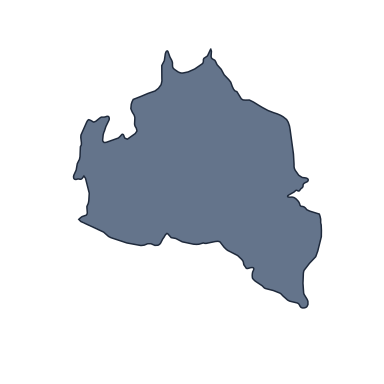 outline of Portuguesa, rotated 344°
{"feature_id": "VEN-35", "entity_name": "Portuguesa", "entity_type": "State", "adm_level": 1, "iso_a3": "VEN", "parent_name": "Venezuela", "parent_adm1": "", "projection": "robinson", "projection_center": [-69.276, 8.978], "detail": "fine", "context": "isolated", "style": "filled", "palette": "slate", "viewbox_px": 384, "rotation_deg": 344, "n_neighbors": 0, "source": "natural_earth", "source_scale": "10m", "svg_char_len": 4094}
<svg xmlns="http://www.w3.org/2000/svg" viewBox="0 0 384 384"><g transform="rotate(344 192 192)"><path d="M249.4,59.8L249.5,62.0L247.7,67.0L247.7,68.7L248.3,69.7L250.2,71.6L250.6,72.9L251.2,76.6L253.9,82.1L255.2,88.2L258.4,94.3L259.5,97.1L259.8,101.8L260.3,104.7L261.2,106.7L262.8,107.9L265.1,116.1L266.5,117.6L269.0,118.5L272.5,119.4L275.8,122.4L278.0,124.8L279.7,126.7L282.7,129.9L287.5,134.6L292.4,138.3L295.5,140.4L298.4,142.8L300.4,144.9L302.9,148.4L303.7,151.4L303.9,155.4L303.5,159.1L300.0,183.4L297.8,193.2L297.1,195.7L296.9,197.4L297.2,199.6L299.2,205.3L301.8,208.3L302.8,208.8L304.3,209.4L305.7,210.1L306.3,210.6L306.8,211.1L307.1,211.8L307.0,212.6L306.5,213.3L305.9,213.8L303.0,214.3L301.8,214.7L301.3,215.1L300.8,215.7L300.2,217.3L299.7,217.9L299.1,218.3L297.6,218.9L297.0,219.3L295.9,220.2L295.3,220.5L294.6,220.4L294.0,220.0L293.5,219.5L292.9,219.1L292.2,219.1L291.6,219.4L290.2,220.1L284.5,221.5L283.0,222.0L282.7,222.6L282.9,223.2L284.4,223.9L286.6,224.4L287.3,224.7L288.6,225.5L289.4,226.4L290.3,227.6L291.7,230.4L292.1,232.0L292.2,233.4L292.2,234.5L292.5,235.3L293.1,235.9L294.4,236.4L295.5,237.1L296.6,238.6L297.5,240.7L299.9,242.8L308.3,248.3L308.4,250.6L308.2,253.6L307.4,256.4L307.2,257.2L307.1,259.3L305.8,264.7L304.0,270.6L296.7,283.3L293.1,288.3L285.3,292.9L278.0,298.3L277.4,299.3L276.7,300.7L273.5,310.4L271.5,319.8L271.5,321.2L273.1,327.0L273.3,329.0L272.5,332.0L271.5,333.2L271.1,333.6L270.4,334.1L269.6,334.3L268.7,334.4L267.8,334.3L266.2,333.9L265.5,333.4L264.9,332.8L264.4,331.6L264.0,329.6L263.5,328.6L262.6,327.7L255.9,323.9L255.1,323.2L254.1,322.2L250.9,317.2L249.4,314.3L248.6,313.4L243.0,309.1L236.3,305.2L235.6,304.7L234.9,303.9L233.7,301.6L228.2,295.1L227.0,293.1L226.4,291.6L226.5,290.5L226.9,288.7L227.5,287.1L228.2,285.7L228.7,285.1L229.7,283.9L230.1,283.3L230.3,282.5L230.1,281.8L229.3,281.3L227.8,280.9L224.6,280.9L223.7,280.7L223.1,280.2L222.4,278.0L221.9,276.7L221.8,275.7L222.0,273.8L222.0,272.9L221.8,272.0L221.2,270.5L218.4,265.7L217.9,265.2L210.2,258.0L209.2,256.7L207.6,253.9L205.2,247.8L204.4,247.1L203.2,246.5L200.6,246.0L191.3,245.3L189.7,244.7L188.9,244.1L184.2,244.1L181.9,243.6L179.1,242.6L168.9,237.2L163.6,232.2L159.4,230.1L157.3,225.7L156.5,224.9L154.8,225.7L154.0,226.4L152.7,227.7L150.9,229.1L147.7,232.5L146.5,233.3L145.6,233.6L144.6,233.8L141.6,233.1L138.3,230.4L135.1,229.5L131.5,229.9L128.8,229.5L128.0,229.3L115.3,223.0L101.4,213.5L99.5,211.7L96.0,206.2L77.0,189.7L75.6,187.1L77.8,186.0L79.4,185.4L80.2,185.3L84.0,185.1L84.9,184.4L85.6,183.2L86.6,178.4L87.0,176.9L89.2,174.3L90.4,171.9L92.9,164.8L93.4,149.5L92.5,146.9L90.1,148.7L89.4,149.0L88.6,149.1L87.9,148.9L86.6,148.2L85.8,148.0L84.1,148.0L83.4,147.8L82.7,147.4L82.3,146.8L82.1,146.0L82.3,144.7L83.0,143.3L86.7,139.0L89.5,133.2L92.0,130.4L92.7,129.8L94.1,127.1L97.2,117.7L98.6,116.3L99.3,114.1L100.1,109.1L100.6,107.6L101.0,106.6L110.2,95.6L111.5,94.4L112.6,94.0L113.3,94.4L114.4,95.3L115.5,96.4L115.9,96.9L116.6,97.6L117.6,97.7L119.0,97.5L123.7,95.5L125.0,95.1L125.8,95.1L127.4,95.6L128.3,95.8L129.4,95.9L130.9,95.8L131.9,96.0L132.6,96.5L132.8,97.3L132.8,98.2L132.6,99.0L132.2,99.8L127.2,105.4L124.6,109.3L123.6,110.5L122.4,112.5L120.5,117.2L120.3,118.2L120.5,119.1L121.2,120.2L122.4,120.5L123.5,120.6L136.2,119.8L138.3,118.7L139.7,117.8L140.6,117.3L141.3,117.4L141.8,118.0L142.0,118.9L142.0,119.9L142.3,121.7L144.4,123.4L153.5,120.2L155.8,118.3L156.0,117.3L156.0,116.2L156.0,115.2L155.8,114.3L155.5,113.5L155.4,112.4L155.5,110.9L157.4,105.3L157.6,104.5L157.6,102.5L157.4,101.5L156.7,99.1L156.4,97.1L156.2,95.0L157.8,90.9L159.2,88.8L161.0,86.8L165.3,86.4L169.6,86.0L176.8,85.1L184.3,84.7L188.3,83.1L191.9,80.3L193.7,77.0L194.5,73.9L197.8,62.1L201.6,58.1L204.5,51.7L205.4,50.4L206.3,49.6L207.2,49.6L207.6,50.2L208.0,56.2L208.8,59.8L208.9,61.7L208.8,62.6L208.3,64.3L207.9,66.2L207.9,67.2L208.4,68.5L209.5,70.0L211.8,72.8L213.2,73.9L214.3,74.6L215.9,75.1L221.4,75.5L228.5,74.5L236.9,71.7L237.6,71.3L238.2,70.9L238.6,70.2L239.0,69.5L239.2,68.6L239.6,67.6L240.3,66.8L244.0,65.6L244.6,65.2L249.3,59.8L249.4,59.8Z" fill="#64748b" stroke="#1e293b" stroke-width="1.5"/></g></svg>